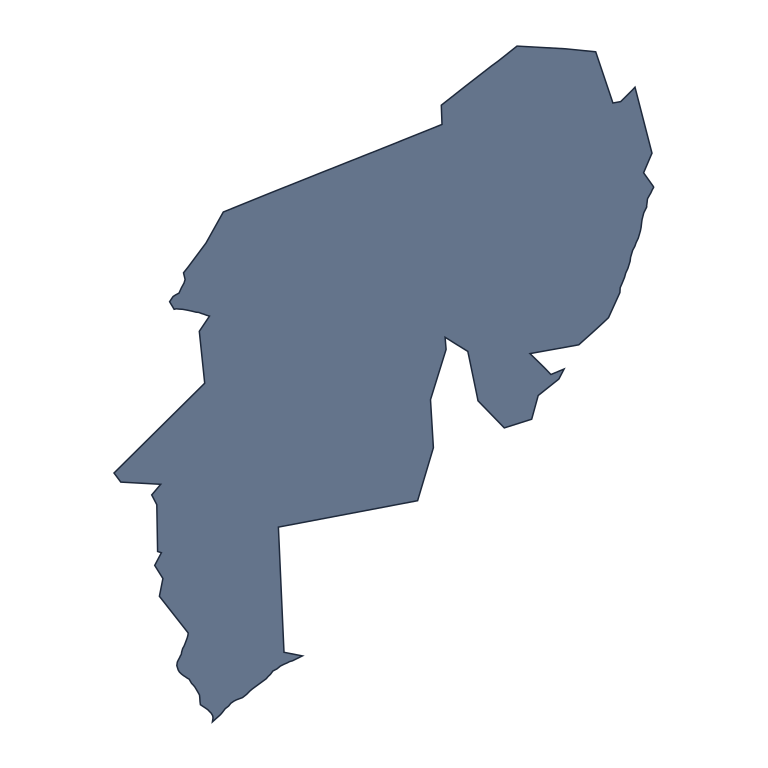 the district of San Felipe Tejalápam, Oaxaca, Mexico
{"feature_id": "50627088B66881116588394", "entity_name": "San Felipe Tejalápam", "entity_type": "district", "adm_level": 2, "iso_a3": "MEX", "parent_name": "Mexico", "parent_adm1": "Oaxaca", "projection": "mercator", "projection_center": [-96.886, 17.081], "detail": "fine", "context": "isolated", "style": "filled", "palette": "slate", "viewbox_px": 768, "rotation_deg": 0, "n_neighbors": 0, "source": "geoboundaries", "source_scale": "gbopen_adm2", "svg_char_len": 2510}
<svg xmlns="http://www.w3.org/2000/svg" viewBox="0 0 768 768"><path d="M635.0,87.2L632.6,89.8L620.7,101.6L612.9,103.0L611.7,99.3L595.7,51.8L565.6,48.8L517.0,46.1L498.0,61.2L491.8,65.7L465.9,85.8L441.3,105.2L442.0,124.4L402.9,140.1L385.8,147.0L350.5,161.0L323.3,171.8L270.7,192.8L223.3,212.0L206.0,243.0L187.9,267.3L183.5,272.8L185.1,279.5L184.0,283.1L181.5,287.6L179.0,293.1L175.6,294.9L173.1,296.5L171.8,298.4L169.6,301.7L171.0,304.1L172.0,305.7L174.1,309.3L176.3,308.8L179.0,309.1L182.6,309.3L187.5,310.2L191.7,311.1L196.1,312.2L198.7,312.4L201.8,313.6L203.6,314.1L206.4,315.2L209.5,316.1L199.3,331.3L204.7,383.2L114.0,473.0L120.8,482.1L160.7,484.3L154.3,491.9L151.7,494.9L156.8,504.7L157.6,551.5L161.4,552.7L154.7,565.4L162.9,578.5L159.4,596.3L188.2,633.0L187.9,635.3L187.2,637.9L186.0,641.1L184.9,644.0L183.9,646.4L182.7,648.4L182.0,650.8L181.6,652.2L181.3,654.4L180.5,655.6L179.6,657.6L178.6,659.4L177.3,662.1L176.8,665.6L177.5,667.8L178.2,670.0L179.4,672.0L181.3,673.9L183.6,675.7L185.1,676.6L187.2,678.1L189.2,679.2L190.2,681.0L191.6,683.4L193.2,685.0L194.8,686.9L196.0,688.9L198.0,692.3L199.5,695.0L199.8,698.0L200.0,701.5L200.4,704.7L203.1,706.5L205.4,708.0L207.8,709.7L209.4,711.4L211.2,713.2L212.7,715.8L213.0,718.0L212.4,721.9L215.8,718.8L218.9,716.1L220.5,714.6L222.3,712.5L225.2,708.7L228.6,706.1L230.8,703.3L233.8,701.2L236.5,699.8L242.5,697.6L246.7,694.3L249.8,691.1L252.4,688.9L266.3,678.7L268.1,676.5L270.4,674.4L272.9,671.0L277.1,668.8L280.3,666.1L284.3,664.1L287.2,662.9L289.6,661.6L292.5,660.8L302.4,655.9L284.0,652.3L278.4,527.1L417.6,500.7L433.4,447.7L430.5,399.7L446.1,349.4L445.1,337.3L450.0,340.3L452.8,342.1L456.8,344.6L467.8,351.4L468.0,352.1L468.0,352.4L468.2,353.3L468.9,356.5L476.9,395.2L478.0,400.8L504.3,427.9L531.7,419.2L538.2,395.5L543.6,391.2L558.9,379.0L564.1,369.0L550.9,374.5L544.9,368.2L530.0,353.6L578.8,344.8L581.1,342.7L593.6,331.5L600.7,325.0L608.5,317.7L619.9,292.6L620.2,287.7L621.9,283.8L622.9,281.4L624.6,277.2L625.7,273.1L627.9,268.4L630.1,261.3L630.6,257.3L632.7,250.2L634.8,246.4L636.1,242.7L638.3,238.1L640.4,230.9L641.1,227.4L641.7,222.2L642.1,219.4L643.8,212.8L646.7,207.0L646.7,206.4L646.7,206.1L646.6,205.8L646.8,204.7L646.9,203.8L647.1,202.4L647.3,200.4L647.5,198.9L647.8,198.2L648.4,197.2L648.6,196.8L649.1,196.0L649.2,195.7L649.8,194.7L650.7,193.2L650.8,193.0L651.3,191.9L651.5,191.6L651.8,190.7L652.7,189.0L653.8,187.2L654.0,187.0L653.8,187.1L643.6,172.8L651.1,155.2L652.0,153.2L635.0,87.2Z" fill="#64748b" stroke="#1e293b" stroke-width="1.5"/></svg>